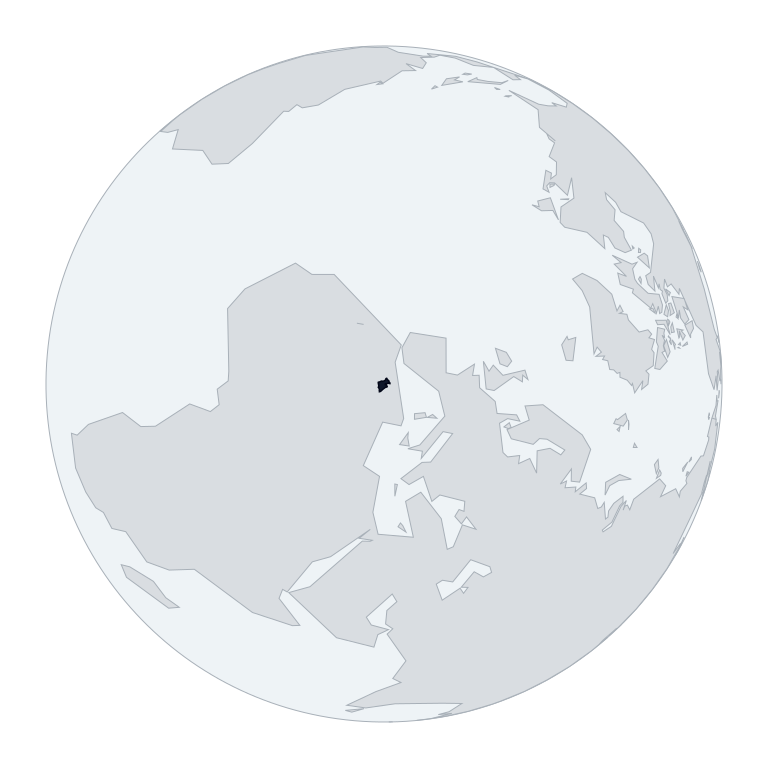 the Earth from above Laghouat, rotated 95°
{"feature_id": "DZA-2193", "entity_name": "Laghouat", "entity_type": "Province", "adm_level": 1, "iso_a3": "DZA", "parent_name": "Algeria", "parent_adm1": "", "projection": "orthographic", "projection_center": [2.543, 33.694], "detail": "fine", "context": "on_globe", "style": "filled", "palette": "ink", "viewbox_px": 768, "rotation_deg": 95, "n_neighbors": 0, "source": "natural_earth", "source_scale": "10m", "svg_char_len": 11159}
<svg xmlns="http://www.w3.org/2000/svg" viewBox="0 0 768 768"><g transform="rotate(95 384 384)"><circle cx="384" cy="384" r="338" fill="#eef3f6" stroke="#a8b0b8"/><path d="M183.7,111.9L204.6,98.8L195.9,104.6L203.3,100.6L214.7,93.5L220.4,90.0L261.4,73.3L300.9,59.7L308.8,56.0L310.7,57.1L322.4,51.8L331.3,50.2L335.3,49.6L322.8,52.1L323.1,52.5L337.1,49.9L340.4,49.9L349.1,49.0L351.8,49.6L341.1,52.4L342.7,53.1L352.5,51.4L361.4,51.6L346.8,53.9L360.9,54.7L345.5,61.6L304.3,70.7L298.4,78.2L263.0,98.1L268.9,98.0L259.3,106.7L262.5,110.1L255.0,113.7L264.1,113.5L270.3,109.7L276.4,108.5L278.9,110.4L269.8,115.0L267.2,114.7L265.8,117.1L260.2,118.7L264.4,119.0L253.0,125.0L267.8,122.2L261.8,129.5L253.3,132.7L249.6,128.2L220.8,127.6L211.1,131.0L201.0,139.4L191.7,163.0L182.8,169.1L174.1,180.3L181.0,178.3L190.3,169.0L201.0,169.0L211.1,158.6L216.9,157.4L229.1,149.2L232.1,155.2L228.4,165.8L218.4,173.3L216.5,178.5L229.9,175.8L215.2,195.0L212.1,217.6L207.7,222.6L192.2,223.1L182.3,211.0L162.1,215.1L180.0,217.7L168.8,231.6L169.0,236.5L172.5,239.2L178.6,236.3L175.8,242.6L157.0,241.4L159.3,235.6L165.2,235.8L160.5,230.6L147.8,231.5L143.1,239.3L128.9,235.1L125.4,240.9L120.3,243.8L126.9,234.5L114.8,251.5L97.3,254.4L80.6,285.2L91.8,254.3L92.6,244.7L92.0,236.7L89.1,241.4L92.3,226.5L88.4,226.0L76.8,245.3L67.6,267.2L65.0,280.8L68.9,274.6L69.7,282.0L59.1,302.4L58.8,322.7L53.1,341.6L51.6,357.0L54.0,362.4L55.6,375.9L60.3,369.9L66.3,373.0L62.9,390.0L69.0,379.9L70.4,393.3L84.5,411.2L82.5,413.7L93.9,448.8L111.8,473.7L116.0,489.5L113.3,495.1L120.8,502.7L121.0,507.7L155.9,536.1L177.9,558.3L180.0,574.5L167.1,584.9L168.3,615.2L148.5,611.2L152.2,621.4L151.9,628.5L138.8,616.3L151.6,629.3L133.3,610.5L116.4,590.4L101.3,569.1L87.8,546.6L80.3,531.5L74.0,517.2L63.6,491.1L50.0,434.2L49.5,422.1L48.3,410.5L52.3,398.7L54.0,373.2L53.3,365.8L51.0,369.9L51.3,341.3L55.1,319.2L68.0,264.4L77.3,242.0L88.3,220.4L100.8,199.6L114.8,179.8L130.1,161.0L146.8,143.3L164.6,126.9L183.7,111.9ZM75.4,294.2L75.5,326.9L70.7,318.2L72.5,317.6L73.5,307.0L73.6,292.9L70.8,286.7L75.4,294.2ZM86.1,286.3L85.6,281.9L86.7,285.0L86.1,286.3ZM222.5,88.6L214.6,93.5L203.0,100.3L209.2,96.1L222.5,88.6ZM245.0,77.7L242.2,79.5L234.3,82.5L238.3,80.5L245.0,77.7ZM313.6,54.0L306.6,55.8L312.2,54.2L313.6,54.0ZM349.8,48.9L350.8,48.5L354.8,48.3L349.8,48.9ZM226.7,146.6L227.8,147.9L224.9,148.7L226.7,146.6ZM230.8,142.0L226.6,142.1L228.0,140.0L230.6,139.9L230.8,142.0ZM362.8,49.2L369.1,49.4L360.9,49.6L362.8,49.2ZM235.6,142.5L231.0,136.2L233.4,132.6L245.2,129.8L235.6,142.5ZM371.6,49.8L386.9,51.0L390.3,50.0L389.4,54.4L376.6,51.4L365.9,51.5L371.9,50.7L371.6,49.8ZM271.2,107.7L264.7,111.8L267.9,106.7L271.2,107.7ZM271.8,104.8L272.7,92.4L283.6,87.9L281.1,92.6L293.3,85.9L298.1,89.6L292.5,94.2L284.5,96.3L292.4,96.3L271.8,104.8ZM386.4,57.0L388.5,58.0L384.2,57.5L386.4,57.0ZM279.1,107.6L278.3,105.3L287.7,101.0L290.9,105.0L286.8,105.1L279.1,107.6ZM294.1,82.6L301.7,80.5L307.7,82.9L311.4,82.5L299.2,89.4L294.1,82.6ZM286.0,107.0L292.3,107.3L290.2,111.2L280.5,109.7L286.0,107.0ZM288.7,98.4L293.3,96.7L291.8,98.9L288.7,98.4ZM286.1,126.1L285.0,122.8L289.8,120.2L286.1,126.1ZM294.8,107.1L295.5,105.8L297.3,104.6L300.9,105.6L294.8,107.1ZM304.2,90.8L305.2,92.4L309.5,88.1L314.2,90.1L305.2,94.5L311.0,93.5L312.5,94.2L303.5,97.1L304.2,90.8ZM309.9,103.2L300.1,110.3L301.1,116.6L296.9,119.0L295.9,108.4L309.9,103.2ZM306.9,99.3L307.8,102.1L302.1,103.3L298.0,102.1L306.9,99.3ZM320.6,90.1L315.8,85.8L317.9,85.0L320.6,90.1ZM311.3,104.7L313.7,103.0L312.1,105.0L311.3,104.7ZM319.0,94.1L317.0,92.6L319.5,91.8L319.0,94.1ZM320.0,101.1L316.8,103.3L313.9,102.4L320.0,101.1ZM320.5,97.7L324.4,97.0L314.8,100.8L319.2,97.1L320.5,97.7ZM321.7,93.6L322.5,92.6L322.2,94.4L321.7,93.6ZM332.8,103.7L321.5,108.7L315.1,106.5L327.0,101.8L332.8,103.7ZM472.6,57.9L467.0,57.0L432.3,52.3L447.4,54.0L447.1,54.8L454.4,56.4L464.8,58.0L464.0,57.4L496.5,69.4L527.7,81.2L517.9,75.3L520.2,75.3L543.1,85.9L565.1,98.7L586.2,113.2L606.0,129.3L603.1,126.7L615.1,137.8L607.0,130.9L620.3,143.7L624.4,146.9L616.7,139.0L631.8,154.2L632.3,154.8L649.2,174.5L664.4,195.5L678.1,217.5L689.9,240.5L693.5,248.3L693.9,249.3L702.8,271.8L710.0,294.9L709.9,294.8L714.2,312.2L716.2,322.0L713.3,308.3L706.2,287.7L708.6,301.1L704.8,290.6L695.5,278.6L696.9,297.9L701.6,345.1L708.3,373.9L707.3,393.1L691.1,365.2L679.9,341.1L676.6,349.6L657.9,338.0L632.9,359.1L627.1,353.9L622.9,361.5L609.4,361.4L599.7,352.2L592.5,357.5L617.8,381.3L625.2,375.7L628.3,358.1L634.2,368.3L647.0,371.1L640.9,409.2L600.1,460.7L592.4,440.1L542.4,391.9L541.9,384.1L541.5,383.3L540.7,382.0L539.9,395.3L530.0,385.0L560.7,422.2L567.4,439.9L599.6,462.3L597.4,467.1L606.7,469.9L631.8,446.8L632.7,454.2L623.1,495.1L585.1,556.8L588.1,581.8L581.9,604.8L553.6,628.4L551.6,642.5L536.4,652.3L532.4,660.4L517.6,671.7L494.6,683.9L460.3,691.1L461.7,685.2L450.0,674.9L435.2,642.0L447.6,622.6L446.0,608.0L420.8,575.8L426.6,554.6L419.0,546.4L403.7,549.7L394.5,539.5L384.9,539.7L322.5,546.4L301.4,530.8L271.3,482.7L281.1,465.4L279.2,443.2L343.6,370.2L361.3,374.8L416.6,361.4L424.2,363.4L422.1,382.0L467.1,397.5L476.4,380.4L512.8,383.9L534.2,376.8L534.1,341.4L499.0,352.3L488.6,337.9L513.2,315.2L543.2,306.6L540.1,300.8L517.5,293.6L520.7,279.7L509.2,290.2L516.6,294.7L509.7,301.9L502.5,298.3L503.9,293.2L493.8,293.3L489.7,318.7L496.8,326.1L472.6,336.7L482.0,350.3L476.8,358.9L458.8,339.3L457.7,330.7L427.4,311.3L426.3,321.0L454.9,340.4L447.6,339.9L446.4,354.6L441.6,343.0L410.7,320.6L386.4,328.9L361.8,365.9L346.3,369.3L330.4,362.3L332.9,326.2L367.4,323.1L368.7,311.6L356.3,295.6L367.8,296.5L367.0,290.0L379.4,288.4L391.7,271.7L403.5,268.8L403.2,249.2L409.2,245.4L407.7,257.8L413.0,265.5L441.9,259.5L445.9,254.5L443.4,242.6L451.6,243.0L445.5,232.3L459.5,224.2L437.2,225.6L433.6,213.0L439.2,201.7L434.0,198.1L424.8,216.8L424.8,224.3L431.1,230.1L427.5,252.4L418.7,257.5L407.3,236.2L393.6,241.6L390.8,223.8L417.4,182.1L431.1,172.4L464.7,180.6L464.5,189.0L452.3,189.9L468.3,199.7L464.7,193.7L471.6,194.6L469.9,183.9L474.7,184.1L464.9,174.0L470.5,173.1L476.6,179.4L479.0,164.2L489.4,160.2L487.6,156.8L482.7,154.3L499.2,151.6L497.1,149.3L490.9,149.2L482.9,144.7L475.0,136.1L481.1,135.6L484.8,138.6L501.7,144.9L510.5,153.8L512.2,152.9L506.0,145.1L485.4,137.3L478.9,132.4L488.8,134.8L484.7,133.5L483.4,131.0L487.9,128.2L477.0,125.2L454.5,101.1L460.8,94.5L472.2,98.7L462.9,84.3L470.7,79.9L465.0,79.5L456.7,73.6L454.1,74.8L450.8,74.3L428.2,62.0L427.7,59.5L411.5,55.7L408.6,55.8L408.1,57.2L389.4,54.4L390.3,50.0L397.0,49.9L393.1,48.1L408.7,48.6L419.9,48.9L439.2,51.9L446.4,52.5L444.0,51.8L451.9,53.0L454.5,53.5L472.6,57.9ZM326.4,409.5L325.8,416.3L326.4,409.5ZM578.8,314.5L594.3,307.2L580.8,290.4L585.6,286.5L579.3,282.6L579.7,289.3L563.2,277.8L567.5,268.2L562.3,260.4L556.8,262.6L551.5,282.3L575.2,298.3L574.4,308.7L578.8,314.5ZM85.1,411.6L86.3,417.1L83.7,414.2L85.1,411.6ZM67.6,323.6L68.8,327.9L68.6,332.5L67.2,330.3L67.6,323.6ZM83.6,356.5L86.1,362.4L82.4,359.2L83.6,356.5ZM76.1,331.7L81.5,352.5L74.5,348.4L71.5,335.5L74.9,340.3L76.1,331.7ZM80.5,293.9L80.7,297.5L79.0,299.8L80.5,293.9ZM86.8,288.6L86.4,287.9L87.3,284.2L86.8,288.6ZM170.0,231.6L171.4,231.9L173.7,235.8L170.4,236.1L170.0,231.6ZM197.7,242.2L192.6,252.2L193.9,244.9L188.3,246.8L184.0,234.5L205.3,224.5L196.4,230.9L197.7,242.2ZM184.3,216.4L184.6,224.6L183.4,216.1L184.3,216.4ZM350.1,258.8L356.0,262.6L353.8,270.2L338.7,276.1L341.8,264.9L350.1,258.8ZM365.0,266.3L357.9,244.8L367.0,241.0L363.1,246.6L369.8,246.3L365.3,255.4L380.9,273.7L380.0,281.8L352.7,287.0L362.1,280.5L355.7,276.8L365.0,266.3ZM323.9,204.3L320.9,197.0L344.4,197.8L344.5,204.7L329.5,210.4L320.6,205.8L323.9,204.3ZM257.3,139.6L254.7,138.3L257.2,136.8L261.5,136.7L257.3,139.6ZM285.2,124.8L271.5,144.5L267.8,143.8L264.3,157.3L253.1,160.8L255.7,151.8L244.5,165.1L242.4,158.4L235.8,167.9L243.0,147.4L240.7,142.5L247.5,146.4L257.8,143.2L261.6,140.3L270.6,128.9L270.7,117.8L281.0,113.5L288.3,113.5L289.8,115.5L282.6,117.5L289.8,118.8L280.6,123.3L285.2,124.8ZM367.0,126.9L358.1,126.4L371.0,133.5L361.9,136.5L363.9,137.2L359.0,142.1L356.7,149.5L351.9,150.0L353.1,152.7L349.9,156.4L349.9,160.4L341.3,163.1L340.6,168.4L336.9,166.7L338.0,175.3L333.3,170.2L328.7,174.9L335.7,177.4L289.4,185.8L273.7,194.7L263.0,205.3L256.5,196.1L262.3,180.9L274.7,164.9L290.9,158.3L285.0,155.8L291.0,152.1L293.1,155.6L293.4,148.1L298.9,146.1L310.0,134.4L307.0,125.8L311.0,121.7L314.9,124.1L316.1,118.4L326.2,120.4L329.3,117.7L342.3,117.4L348.1,124.3L351.1,120.9L361.2,121.0L367.0,126.9ZM336.5,103.8L345.5,110.4L344.9,115.6L322.5,114.1L318.3,116.3L303.9,116.4L305.0,109.1L309.0,109.6L313.2,108.5L311.2,111.2L315.9,108.3L321.6,109.1L326.8,107.2L328.3,109.8L336.5,103.8ZM430.3,355.6L435.7,355.6L443.6,353.5L443.0,363.2L430.3,355.6ZM409.0,340.6L413.5,338.8L416.5,350.6L410.9,351.0L409.0,340.6ZM413.5,328.3L413.5,337.9L410.1,332.9L413.5,328.3ZM411.6,255.8L416.2,253.6L417.6,256.2L416.3,260.8L411.6,255.8ZM403.4,151.7L398.4,149.8L399.1,148.2L392.3,140.8L398.6,138.4L405.1,142.0L403.4,151.7ZM529.6,349.2L525.0,357.6L521.0,355.5L523.4,353.0L529.6,349.2ZM483.0,361.9L494.9,363.4L482.7,364.5L483.0,361.9ZM409.1,147.9L405.6,145.0L410.8,145.7L409.1,147.9ZM402.8,136.4L408.5,136.4L398.5,137.3L402.8,136.4ZM626.1,579.0L599.0,623.7L586.9,630.0L588.3,621.3L600.7,596.5L615.9,582.8L624.3,568.5L626.1,579.0ZM720.2,349.8L720.0,348.2L719.8,345.9L720.2,349.8ZM709.2,375.7L713.7,387.5L712.5,394.1L709.2,375.7ZM457.3,129.3L459.7,141.7L465.6,150.3L475.4,154.1L462.6,154.6L453.6,141.3L457.3,129.3ZM454.2,104.4L445.6,101.9L448.5,100.1L450.9,100.4L454.2,104.4ZM449.6,104.9L440.7,107.6L435.3,104.4L443.4,102.9L449.6,104.9ZM425.2,126.4L425.5,130.1L421.2,129.3L425.2,126.4ZM529.5,79.0L516.1,73.8L510.3,71.7L518.9,74.2L523.4,76.2L523.8,76.3L524.2,76.5L529.5,79.0ZM391.3,57.4L388.8,58.0L388.9,56.9L391.3,57.4ZM449.6,75.2L445.0,74.3L445.3,72.7L449.6,75.2ZM432.6,71.3L435.3,73.6L429.8,71.3L432.6,71.3ZM442.0,79.1L435.2,74.6L445.4,78.7L442.0,79.1Z" fill="#d9dde1" stroke="#a8b0b8" stroke-width="1"/><path d="M382.8,389.9L382.6,389.6L382.3,388.6L382.2,388.2L381.7,387.6L381.6,387.4L381.5,387.1L381.4,386.8L381.4,386.7L381.2,386.4L381.2,386.2L381.4,385.9L381.5,385.8L381.5,385.6L381.5,385.3L381.4,385.1L380.8,384.1L380.4,383.4L380.2,383.2L379.8,382.9L379.0,382.7L378.8,382.6L378.5,382.5L378.5,382.4L378.4,382.3L378.1,381.8L379.6,380.7L379.7,380.4L379.8,380.3L379.9,380.1L380.0,380.0L380.2,379.7L380.4,379.5L380.5,379.4L381.2,379.3L381.3,379.2L381.8,378.8L382.2,378.5L382.3,378.4L382.4,378.2L382.5,378.2L382.9,378.1L383.1,378.1L383.1,378.4L383.1,378.5L382.9,378.7L382.9,378.9L382.8,379.1L382.8,379.4L382.8,379.6L382.8,379.8L383.0,379.9L383.1,380.0L383.2,380.3L383.2,380.8L383.3,380.9L383.3,381.0L383.5,381.2L383.6,381.3L383.7,381.5L383.6,382.0L383.6,382.6L383.9,382.7L384.3,382.7L384.5,382.7L384.5,382.4L384.5,381.7L385.0,381.5L385.3,381.4L385.4,381.2L385.5,381.1L385.9,380.7L386.0,380.6L386.3,380.7L386.6,380.7L386.7,380.8L386.9,381.2L386.9,381.6L387.0,381.7L387.0,381.9L387.4,382.5L389.4,384.7L391.3,386.4L391.5,386.6L391.8,387.0L392.0,387.7L392.1,387.9L390.6,388.2L390.3,388.1L390.0,388.0L389.9,388.1L388.4,388.8L388.1,389.2L388.0,389.3L387.9,389.4L387.7,389.4L387.2,389.2L386.8,389.1L385.7,389.2L385.1,389.3L384.5,389.6L382.8,389.9Z" fill="#0f172a" stroke="#020617" stroke-width="1.5"/></g></svg>